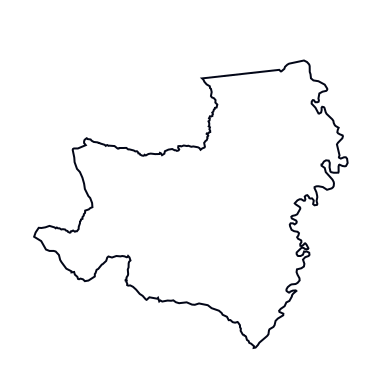 the district of Tesalia, Huila, Colombia, rotated 278°
{"feature_id": "7082276B61077651934720", "entity_name": "Tesalia", "entity_type": "district", "adm_level": 2, "iso_a3": "COL", "parent_name": "Colombia", "parent_adm1": "Huila", "projection": "albers", "projection_center": [-75.696, 2.544], "detail": "fine", "context": "isolated", "style": "outline", "palette": "ink", "viewbox_px": 384, "rotation_deg": 278, "n_neighbors": 0, "source": "geoboundaries", "source_scale": "gbopen_adm2", "svg_char_len": 5983}
<svg xmlns="http://www.w3.org/2000/svg" viewBox="0 0 384 384"><g transform="rotate(278 192 192)"><path d="M325.1,261.4L305.9,186.2L305.0,187.5L302.8,189.0L300.6,191.5L299.2,194.9L297.4,195.4L296.8,196.4L293.7,197.6L289.7,197.4L288.5,198.4L287.9,200.7L286.3,202.5L283.8,202.7L282.1,204.9L279.1,204.6L278.5,203.0L277.2,202.9L276.7,202.2L274.5,201.9L273.5,201.0L272.1,201.9L271.3,201.5L270.1,201.6L269.4,200.3L269.5,199.3L267.4,198.6L267.1,199.4L265.2,199.4L264.3,198.5L262.6,199.5L260.2,199.8L259.3,199.4L258.6,200.8L256.5,200.5L255.4,201.4L253.9,201.7L253.4,200.6L252.8,200.4L252.1,199.2L252.2,198.7L251.6,198.4L250.7,199.9L250.0,200.3L248.5,199.4L247.6,199.9L245.3,199.3L244.4,198.3L242.3,197.2L238.6,198.5L237.8,198.2L236.6,196.1L235.0,194.6L236.5,193.3L237.1,191.7L237.3,187.0L236.7,185.0L237.3,181.8L236.8,180.7L236.9,177.4L235.6,174.9L235.9,174.0L235.5,172.1L233.9,172.1L232.4,173.4L231.4,173.0L230.9,172.2L230.6,171.2L231.1,170.1L230.9,169.1L231.8,166.4L230.7,162.8L228.6,159.5L226.1,159.3L224.3,157.2L226.0,155.8L226.3,154.8L225.1,154.5L224.4,150.3L224.3,145.8L223.6,143.6L221.8,141.2L222.3,139.9L221.2,139.2L221.1,137.6L221.8,135.4L222.6,135.0L222.8,133.5L223.6,133.3L224.7,131.8L224.3,130.2L225.0,128.6L225.5,124.2L225.3,122.9L226.5,120.9L225.4,113.7L224.8,113.4L224.7,112.3L226.7,108.9L226.4,103.8L226.1,102.8L226.7,101.8L226.3,100.6L225.7,100.2L226.6,98.8L227.3,94.3L227.7,93.6L227.5,92.5L228.0,91.9L227.9,87.8L228.8,85.5L229.9,84.3L229.9,81.2L230.6,80.3L230.1,79.7L228.7,78.4L227.3,78.1L225.5,78.3L223.6,80.3L219.2,72.9L218.7,69.1L218.1,68.2L217.1,68.0L209.8,70.6L205.2,71.6L198.9,74.9L196.2,78.2L190.9,81.5L185.2,84.0L180.1,85.5L173.5,90.0L171.9,92.0L167.2,94.6L163.1,95.5L161.9,93.5L160.4,92.2L158.7,88.8L156.4,89.0L155.0,88.0L153.6,88.1L151.8,87.0L150.2,87.3L149.3,85.9L148.1,85.9L147.2,85.2L145.4,85.4L141.9,84.7L139.5,84.9L137.1,83.5L136.9,82.1L136.4,81.6L137.3,79.6L136.5,78.6L136.4,77.8L135.0,77.3L134.7,76.7L135.3,74.7L136.1,74.1L136.2,72.8L137.2,71.5L137.2,69.3L136.7,67.8L137.6,65.9L137.4,64.4L138.0,63.1L137.1,62.1L137.8,60.9L138.6,55.6L136.6,51.7L135.4,47.9L135.2,45.2L130.2,42.8L125.7,41.9L122.4,49.5L114.7,55.4L113.8,59.1L114.4,63.2L114.1,65.3L111.1,69.0L106.4,70.9L104.4,72.5L98.6,78.2L96.7,83.6L95.6,83.8L96.4,86.4L93.9,87.5L92.0,90.3L90.1,91.2L89.9,92.3L90.7,93.6L90.5,95.3L90.3,96.3L88.8,98.3L89.9,101.8L94.8,107.5L97.3,107.2L98.1,107.7L101.7,108.4L102.8,109.9L107.6,112.8L108.1,113.6L111.8,116.6L115.3,117.2L116.5,118.2L116.0,121.9L118.1,126.0L118.3,130.2L118.9,131.8L118.9,134.0L118.3,136.4L118.6,137.1L119.8,137.6L118.5,139.2L115.6,140.6L114.3,139.5L112.7,139.2L108.5,139.7L106.3,139.2L101.9,140.2L100.5,140.1L98.3,139.1L96.9,139.2L95.5,138.4L95.0,138.6L95.1,139.7L93.7,139.6L92.3,140.6L90.8,140.7L90.4,141.8L90.9,143.9L89.9,146.8L87.5,150.3L83.8,154.4L82.3,157.6L79.2,161.2L78.9,162.1L81.8,164.5L81.5,172.4L82.5,173.1L79.1,174.8L80.2,175.7L79.4,177.8L81.1,182.9L81.4,186.5L82.1,188.6L80.6,191.4L80.1,194.7L82.0,202.1L80.5,207.7L80.7,210.5L82.6,214.5L82.1,223.4L79.7,227.6L78.2,235.2L76.3,238.2L74.7,239.4L73.3,244.0L70.2,246.2L70.5,247.9L68.8,250.4L68.7,251.3L68.6,252.9L69.6,255.2L69.4,255.6L66.8,258.0L64.7,258.4L63.5,259.4L61.3,259.5L57.8,262.2L57.7,263.3L57.0,263.9L56.9,264.8L56.3,265.6L53.2,267.0L52.3,268.8L50.6,269.7L50.0,271.7L47.9,274.9L46.2,274.8L46.8,276.6L49.5,278.5L52.2,279.7L59.9,286.5L61.7,287.5L65.7,287.5L66.9,287.9L69.7,291.4L71.6,292.3L76.0,292.7L78.6,294.6L82.6,299.5L84.2,299.4L85.4,295.3L86.5,294.8L88.6,296.1L91.8,299.6L95.8,300.8L97.7,303.6L102.3,305.4L103.8,305.5L105.5,306.4L108.5,309.1L109.0,308.4L108.4,305.6L107.0,303.2L106.0,302.5L105.9,301.8L107.1,299.5L108.0,299.1L109.1,299.2L111.2,300.1L113.7,302.4L114.4,303.6L115.3,307.4L116.7,309.2L119.4,310.9L121.6,310.4L124.8,308.0L127.2,306.7L130.0,306.7L131.7,310.9L133.8,313.2L136.5,313.3L140.5,311.3L143.2,313.2L144.8,316.3L146.1,317.1L148.2,316.5L149.1,313.9L148.6,312.6L148.7,311.3L145.3,310.6L143.7,308.4L143.4,306.0L143.7,305.4L145.2,304.2L146.7,304.1L152.0,308.2L152.2,310.1L151.2,312.1L151.2,312.9L151.7,314.8L152.5,315.1L155.8,312.7L156.9,311.4L156.7,310.7L155.2,309.8L153.7,308.1L153.8,306.8L155.5,306.4L157.3,307.3L158.8,307.1L159.3,306.8L160.5,303.5L161.9,302.4L163.7,303.4L166.1,303.7L167.3,302.1L167.4,298.6L168.4,295.9L171.7,293.9L173.3,293.4L174.7,294.0L175.0,296.4L174.2,298.2L175.7,299.7L177.0,299.9L178.2,299.1L179.7,294.5L181.3,293.8L182.3,294.7L183.4,297.6L184.6,299.3L190.3,301.5L191.1,301.5L192.1,300.8L194.3,296.2L195.1,295.3L198.4,297.6L199.8,299.6L200.0,301.3L198.9,303.8L199.1,304.9L200.4,305.3L203.2,304.3L204.5,305.5L204.9,306.7L203.4,308.4L202.2,309.1L202.0,310.1L202.4,311.7L200.9,313.5L200.3,313.8L196.9,313.6L195.9,315.1L196.6,317.5L197.6,317.8L200.6,316.6L204.2,316.8L205.6,316.5L209.1,315.2L212.9,312.8L213.9,312.7L214.9,314.3L215.3,316.4L215.1,320.9L213.0,325.4L215.0,329.8L216.3,331.0L217.6,331.5L220.2,331.4L221.7,330.9L223.8,329.4L230.3,321.7L234.3,320.1L236.1,316.6L237.3,316.4L237.6,317.1L240.5,318.4L242.0,320.3L242.1,323.1L240.0,324.4L235.5,324.8L231.6,326.2L231.0,327.0L230.8,329.8L231.5,334.2L232.4,334.4L237.7,333.6L239.2,333.8L239.6,334.3L238.7,337.4L238.7,339.9L239.2,340.9L242.4,342.1L246.6,340.9L247.8,339.5L247.6,337.8L245.8,334.7L246.4,332.9L246.9,332.6L248.8,333.0L259.3,328.9L261.1,329.7L266.1,333.4L268.2,333.7L269.0,333.3L269.7,330.4L270.5,328.4L271.4,327.6L273.9,327.7L276.0,328.3L277.4,324.9L278.3,323.9L280.2,322.7L282.1,322.1L283.5,320.8L288.1,314.4L289.6,313.3L293.7,311.5L294.4,310.7L294.5,309.1L293.6,308.6L291.0,309.0L288.7,308.8L287.3,307.0L287.4,306.3L292.7,302.5L296.1,298.2L298.2,298.0L299.8,298.8L299.9,299.8L298.1,301.7L298.4,303.8L299.0,304.8L300.5,304.9L302.1,304.2L307.3,304.4L309.5,307.3L310.8,310.8L311.5,311.4L312.3,311.7L313.2,311.5L316.8,308.5L319.3,301.8L319.4,296.7L321.1,294.0L325.1,293.0L327.3,291.9L333.1,291.0L334.6,290.3L336.7,287.8L337.8,284.6L332.6,270.3L331.4,268.7L328.9,266.7L326.8,266.3L323.9,263.7L323.8,263.1L325.1,261.4Z" fill="none" stroke="#020617" stroke-width="2"/></g></svg>